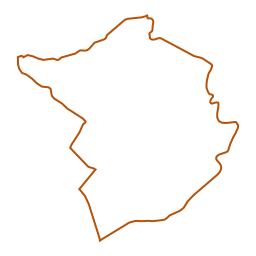 map outline of Tlemcen (orthographic projection)
{"feature_id": "DZA-2147", "entity_name": "Tlemcen", "entity_type": "Province", "adm_level": 1, "iso_a3": "DZA", "parent_name": "Algeria", "parent_adm1": "", "projection": "orthographic", "projection_center": [-1.349, 34.706], "detail": "fine", "context": "isolated", "style": "outline", "palette": "amber", "viewbox_px": 256, "rotation_deg": 0, "n_neighbors": 0, "source": "natural_earth", "source_scale": "10m", "svg_char_len": 2100}
<svg xmlns="http://www.w3.org/2000/svg" viewBox="0 0 256 256"><path d="M99.9,240.6L99.5,238.1L88.8,204.2L85.0,196.0L79.3,189.1L95.5,169.5L93.8,168.5L88.3,166.8L70.2,147.9L71.4,144.8L79.4,132.5L83.1,124.2L85.1,122.7L85.6,121.4L82.9,118.6L67.1,108.4L62.0,103.5L54.1,98.5L52.0,96.0L51.3,93.4L51.1,90.9L50.5,88.8L48.6,87.3L41.9,86.6L36.8,83.3L32.2,78.8L26.6,74.7L22.0,72.9L19.4,69.2L18.0,64.3L17.9,57.1L21.2,55.9L21.8,56.1L22.4,56.2L22.8,56.5L23.3,57.3L27.7,55.1L32.9,56.3L38.3,58.6L43.4,59.9L53.1,58.6L56.6,59.8L57.8,60.0L58.8,59.6L61.4,57.5L75.5,53.5L79.4,50.7L80.7,50.4L85.2,50.6L87.2,50.2L89.5,48.5L94.5,42.7L104.1,39.4L105.7,38.3L107.0,35.1L124.9,19.8L127.8,18.8L142.0,17.3L146.0,16.1L146.8,15.6L147.1,15.4L147.3,15.7L147.4,17.4L147.6,18.1L148.2,18.5L149.3,18.3L150.3,18.3L151.4,18.6L152.3,19.4L153.1,20.8L153.3,22.0L153.2,23.1L152.7,25.3L152.5,29.5L152.3,30.4L152.1,30.9L151.6,31.5L149.6,33.1L149.3,33.8L149.7,35.5L149.8,37.4L150.1,38.4L150.7,39.0L151.8,39.5L153.6,39.6L154.8,39.4L155.9,39.1L156.7,38.7L158.5,38.2L159.6,38.1L160.7,38.2L194.2,56.1L201.4,57.9L202.5,58.5L203.0,58.7L211.5,64.4L212.0,65.3L212.1,66.5L210.7,70.0L209.1,72.6L208.5,73.9L206.8,80.9L206.5,84.6L206.5,87.0L206.7,88.1L207.7,91.1L208.7,93.0L209.6,94.1L210.3,94.4L210.8,94.4L211.4,94.5L212.3,94.8L213.0,95.7L213.0,96.6L210.8,99.7L210.2,101.2L210.5,102.8L211.3,103.5L212.5,103.5L214.5,102.8L216.5,102.4L218.1,102.6L218.5,104.1L218.3,107.3L217.2,113.4L217.3,117.8L218.9,121.1L222.0,122.7L225.9,123.0L235.5,122.0L236.3,122.4L236.8,123.1L238.1,125.4L238.1,126.7L237.7,128.4L235.6,133.1L233.4,136.9L230.5,143.3L228.1,150.5L227.5,151.3L227.1,151.7L225.9,152.3L219.3,154.5L217.5,155.6L216.4,157.0L216.1,158.7L216.7,159.9L217.4,160.9L219.0,162.6L219.6,163.4L220.5,164.9L220.8,165.6L221.1,166.6L221.2,167.4L221.1,168.7L220.6,170.2L220.0,171.6L217.6,174.5L193.4,195.3L187.5,201.6L183.7,207.8L181.0,210.0L179.2,211.1L170.0,215.2L169.3,215.7L167.4,217.6L165.2,219.3L164.1,219.7L162.5,220.1L152.2,221.2L148.8,220.8L141.4,221.2L136.8,220.9L134.7,221.1L129.2,222.6L102.0,239.2L99.9,240.6Z" fill="none" stroke="#b45309" stroke-width="2"/></svg>